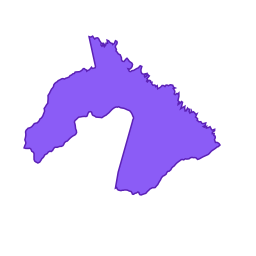 Juvenília, Minas Gerais, Brazil, rotated 27°
{"feature_id": "56859067B33554639840429", "entity_name": "Juvenília", "entity_type": "district", "adm_level": 2, "iso_a3": "BRA", "parent_name": "Brazil", "parent_adm1": "Minas Gerais", "projection": "equal_earth", "projection_center": [-44.1, -14.399], "detail": "fine", "context": "isolated", "style": "filled", "palette": "violet", "viewbox_px": 256, "rotation_deg": 27, "n_neighbors": 0, "source": "geoboundaries", "source_scale": "gbopen_adm2", "svg_char_len": 5218}
<svg xmlns="http://www.w3.org/2000/svg" viewBox="0 0 256 256"><g transform="rotate(27 128 128)"><path d="M132.9,77.6L131.7,77.8L130.9,78.6L129.0,77.8L128.6,76.3L127.4,76.9L126.7,75.8L125.6,75.7L124.6,76.8L124.3,78.2L123.3,77.8L123.6,76.0L122.4,75.4L123.0,73.6L123.3,71.9L122.1,71.7L120.9,71.1L120.9,73.4L119.9,75.0L118.9,74.2L119.5,71.3L117.4,73.0L115.7,73.2L114.2,72.1L113.1,70.4L112.4,66.9L110.6,67.0L109.9,69.7L108.6,71.3L106.9,74.1L105.5,75.1L104.8,76.5L103.5,76.9L101.1,75.2L102.8,74.8L103.4,73.7L103.8,71.5L103.2,69.3L102.0,68.4L99.0,68.0L96.9,66.9L95.4,66.3L94.8,67.7L94.3,70.5L92.7,71.1L91.2,70.1L90.2,68.3L87.8,66.3L85.8,66.4L83.4,65.1L82.3,64.8L82.0,63.2L80.0,61.7L79.5,60.1L79.9,58.2L79.6,56.9L78.8,55.9L77.2,55.9L77.4,58.9L76.5,60.6L75.6,59.8L74.6,60.1L72.7,59.9L71.2,59.1L69.5,59.2L70.4,60.5L71.3,61.8L69.9,62.4L70.5,64.2L70.0,66.4L69.2,65.8L69.0,64.4L67.8,63.6L66.8,64.2L68.1,65.5L67.7,67.0L66.3,66.4L65.5,64.4L62.9,63.0L61.5,61.9L60.1,61.4L58.5,62.4L58.0,63.8L56.5,63.2L54.8,62.2L53.6,63.9L51.8,64.3L71.0,87.8L71.4,89.2L70.1,90.5L69.1,91.1L67.9,90.4L67.5,92.4L67.0,93.9L66.1,95.0L65.5,96.1L64.8,95.2L63.4,95.3L62.2,94.9L61.2,95.4L60.9,96.9L60.2,98.4L59.4,99.7L58.0,100.6L56.5,101.5L55.5,102.2L55.5,103.7L54.3,104.7L53.5,106.6L52.6,107.5L52.3,109.4L51.0,110.9L49.9,111.9L49.2,113.2L47.6,113.5L46.7,114.2L45.9,115.3L45.1,116.5L44.3,117.4L43.9,118.9L43.2,120.0L42.5,121.6L42.3,123.3L42.8,124.9L42.6,126.7L42.2,128.1L42.2,129.7L42.2,131.3L42.3,132.7L42.1,133.9L42.0,135.4L42.8,136.8L43.7,138.6L44.6,140.8L45.3,142.4L44.9,144.0L44.8,145.6L44.7,147.2L44.4,148.6L45.2,149.6L46.1,151.0L46.3,153.0L46.4,154.2L46.6,155.6L46.5,157.2L46.2,158.6L45.4,160.0L45.6,161.7L45.2,163.2L44.9,164.5L43.6,165.6L42.5,166.6L42.1,168.8L41.7,170.5L40.9,171.8L40.1,172.7L39.1,173.5L38.7,174.9L38.3,176.1L38.3,177.4L38.9,178.7L39.6,179.6L40.2,180.8L40.8,182.5L41.2,184.2L41.5,185.4L42.4,186.2L43.4,187.2L44.0,188.4L44.1,190.7L44.4,192.9L45.9,192.7L47.0,192.2L48.3,191.6L49.6,190.7L50.8,190.8L51.6,191.4L52.8,192.4L54.4,192.5L55.7,193.2L56.5,194.6L57.2,196.1L57.9,197.4L58.5,198.6L59.8,199.8L61.1,200.1L62.2,200.1L63.6,200.1L64.8,198.5L65.1,196.3L65.2,194.3L65.7,193.2L66.0,191.9L66.0,189.8L66.9,188.5L67.6,187.5L67.9,185.6L69.0,184.1L70.2,183.9L71.0,182.3L71.1,180.4L71.4,178.7L72.4,177.9L73.6,177.4L74.5,176.5L75.4,175.5L77.0,174.6L78.0,173.3L78.2,172.0L78.1,170.1L78.6,168.5L79.9,167.1L80.4,165.2L81.0,163.4L81.6,161.9L82.4,160.3L83.4,158.9L84.2,157.6L84.3,155.5L83.2,153.8L81.6,152.4L80.7,151.0L79.7,149.5L78.8,148.4L77.5,147.0L77.4,145.3L78.0,144.0L78.5,142.5L79.1,140.8L79.9,140.2L80.9,139.5L81.9,138.7L82.8,138.1L84.0,137.4L85.1,137.0L86.0,136.3L86.0,134.8L85.7,133.4L85.9,131.4L87.2,130.4L88.4,130.5L89.3,131.5L90.2,132.4L91.3,132.7L92.4,132.5L93.5,132.6L94.6,132.8L95.5,132.4L96.8,131.9L98.4,131.2L100.0,130.7L100.9,129.1L101.7,127.7L102.6,126.6L103.3,124.8L104.1,123.0L104.6,121.2L105.1,119.5L105.6,118.1L106.1,117.1L107.0,115.6L108.0,114.6L109.2,114.2L109.9,113.3L110.9,113.3L112.2,113.3L113.6,112.9L115.1,112.4L116.4,112.2L118.6,112.1L120.1,112.0L121.6,111.8L122.9,112.4L123.8,112.7L124.7,113.4L125.9,114.2L126.7,115.1L127.8,115.7L128.6,117.1L128.6,118.8L129.0,120.0L139.3,171.8L144.1,187.3L144.9,186.2L146.0,187.2L147.3,187.7L148.8,187.4L150.2,187.0L151.1,186.1L152.1,185.6L152.9,184.9L154.0,184.3L155.5,183.7L156.6,183.6L157.6,183.6L158.7,183.4L159.6,183.2L160.8,183.9L162.0,184.9L163.1,184.5L163.8,183.1L165.1,182.0L165.8,180.6L166.9,180.5L167.7,181.4L168.9,182.0L170.1,181.7L171.0,180.7L172.2,179.4L173.1,178.6L173.8,177.5L174.0,176.0L174.7,174.2L175.3,172.3L176.3,170.9L177.1,169.9L178.2,169.5L179.3,168.6L179.6,166.9L180.2,164.9L180.2,163.1L180.3,161.2L180.5,159.5L180.4,157.8L180.6,156.3L181.0,155.0L182.0,153.7L182.9,151.9L182.8,150.3L183.0,148.8L184.2,147.9L185.1,145.8L185.1,143.9L185.6,142.3L186.4,140.8L186.8,138.9L187.3,137.2L187.8,136.1L188.3,135.0L189.1,133.5L189.8,132.0L190.9,131.3L192.1,131.1L193.1,129.4L194.3,129.1L195.3,128.5L196.4,127.7L197.2,126.1L198.4,125.1L199.7,124.8L200.8,124.1L202.1,123.7L203.3,124.1L204.3,124.4L205.5,123.2L207.7,119.9L209.2,118.0L211.3,115.4L211.9,114.1L212.8,110.7L215.2,106.3L215.9,104.6L216.9,103.6L217.7,101.4L216.5,100.7L215.4,100.4L213.8,100.4L212.5,101.2L210.3,99.1L210.2,97.1L209.3,95.7L207.9,95.7L207.3,93.8L205.7,94.8L205.1,93.5L206.4,91.1L205.8,89.8L204.1,91.6L203.1,91.5L201.8,90.5L200.5,89.6L199.3,91.3L197.9,92.4L197.3,90.7L195.8,92.6L194.4,92.6L195.6,90.7L195.0,88.2L193.9,89.2L192.6,90.2L191.5,90.2L190.0,89.3L188.4,90.3L187.1,89.9L186.2,89.9L185.9,88.3L184.5,87.7L183.2,87.6L183.0,84.0L182.2,85.1L180.5,84.2L178.9,83.8L177.9,85.0L176.6,83.8L176.9,85.5L176.4,86.6L174.8,85.4L174.6,83.3L173.0,83.7L172.0,83.2L172.1,86.2L171.1,86.9L170.5,85.8L169.4,84.7L168.8,82.8L167.7,84.5L166.9,85.6L166.2,86.8L166.0,84.6L164.9,80.3L163.6,80.1L163.1,82.3L162.0,84.4L161.5,83.1L162.0,81.5L161.0,81.2L160.0,80.9L159.0,76.7L157.4,73.7L157.0,75.0L155.9,75.0L154.9,76.9L153.7,76.7L153.5,75.2L153.1,74.1L152.2,73.3L150.5,72.4L151.9,70.9L150.0,71.0L148.5,69.6L147.4,69.8L146.0,70.3L144.9,71.9L143.4,72.0L142.4,72.5L142.1,74.3L140.6,74.0L139.1,74.6L138.7,76.2L138.1,77.5L136.6,79.6L134.8,77.0L133.8,78.6L132.9,77.6Z" fill="#8b5cf6" stroke="#5b21b6" stroke-width="1.5"/></g></svg>